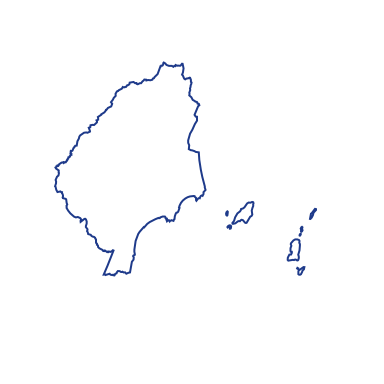 outline of Bang Lamung, Chon Buri, Thailand, rotated 205°
{"feature_id": "78962969B66600196547968", "entity_name": "Bang Lamung", "entity_type": "district", "adm_level": 2, "iso_a3": "THA", "parent_name": "Thailand", "parent_adm1": "Chon Buri", "projection": "natural_earth1", "projection_center": [100.983, 12.921], "detail": "fine", "context": "isolated", "style": "outline", "palette": "blue", "viewbox_px": 384, "rotation_deg": 205, "n_neighbors": 0, "source": "geoboundaries", "source_scale": "gbopen_adm2", "svg_char_len": 6072}
<svg xmlns="http://www.w3.org/2000/svg" viewBox="0 0 384 384"><g transform="rotate(205 192 192)"><path d="M294.7,264.8L294.3,263.1L295.3,261.6L295.8,261.4L296.2,259.5L296.4,259.5L297.3,258.4L297.8,258.4L298.6,257.7L299.1,257.8L299.3,255.9L301.4,253.3L301.6,252.4L302.3,251.9L302.6,251.1L302.8,248.7L301.8,246.9L302.7,244.2L302.7,242.2L303.4,239.2L301.6,238.2L301.4,235.4L303.7,232.7L304.3,230.1L304.7,230.0L304.7,228.4L305.2,226.9L307.1,224.0L306.9,223.6L309.0,220.2L308.4,219.5L307.6,217.9L308.8,216.6L308.1,216.1L307.6,214.9L308.8,211.9L309.1,211.3L310.4,210.9L312.2,209.6L311.6,207.7L312.7,206.6L310.1,204.0L310.0,203.6L311.8,201.5L313.0,201.3L314.9,200.1L317.3,196.0L317.5,194.6L317.1,192.5L317.3,189.6L316.1,185.3L317.4,184.5L317.4,183.5L317.7,183.3L317.7,182.1L318.0,181.7L317.8,179.1L318.1,178.5L318.6,178.3L318.7,177.5L319.1,177.6L318.9,176.8L318.4,176.4L318.4,175.6L317.8,175.5L318.1,175.2L317.8,174.6L317.3,174.4L317.6,174.1L317.6,172.4L317.7,172.2L318.0,172.6L318.3,171.3L318.7,171.1L318.3,169.8L318.7,169.5L318.5,168.4L318.8,168.1L318.5,167.6L319.1,165.9L319.0,165.6L319.4,165.3L319.7,165.5L320.5,164.1L321.2,164.7L322.4,163.5L322.7,163.5L324.1,161.1L323.9,160.7L324.1,160.2L325.0,159.4L324.5,158.9L325.7,158.1L325.5,157.5L326.1,156.5L325.2,155.8L321.9,155.2L321.1,153.3L320.6,153.0L320.0,150.5L320.8,148.8L320.7,145.3L319.6,144.1L318.9,142.4L318.5,139.3L317.9,139.1L316.0,136.7L313.9,135.1L311.5,136.9L310.6,136.6L309.7,136.9L309.3,135.9L308.6,135.6L307.5,134.4L307.0,133.4L307.0,132.5L306.4,131.9L303.5,132.4L302.9,132.1L300.9,129.0L299.8,128.0L299.9,126.3L299.2,125.5L299.0,124.6L296.4,122.8L293.2,121.2L288.4,119.8L286.5,119.9L284.9,121.1L282.2,121.1L280.9,120.3L280.8,118.7L280.3,117.9L278.1,122.2L277.4,122.6L276.5,122.3L275.0,120.8L274.1,118.8L273.8,116.4L273.4,115.4L271.0,114.1L270.7,113.5L270.6,112.2L269.5,111.5L268.3,110.0L265.7,110.4L264.5,109.7L263.3,109.6L261.8,109.9L260.5,109.6L260.0,108.9L259.0,108.5L257.5,105.4L256.3,105.0L255.9,104.0L254.7,103.8L253.8,102.4L252.1,101.8L248.8,101.7L247.5,101.0L246.5,101.4L246.6,102.0L246.2,102.2L244.2,101.8L243.8,102.1L243.4,101.7L242.4,102.1L242.2,103.0L240.7,103.2L239.6,104.5L239.1,105.8L238.4,105.8L237.4,89.2L237.1,79.8L235.6,80.6L235.2,80.3L232.1,83.1L231.0,82.6L229.1,83.0L228.6,83.7L227.3,83.4L227.0,83.7L227.0,85.3L226.0,86.4L226.2,87.3L225.8,89.0L224.1,89.7L222.5,89.5L221.6,89.9L221.3,90.4L219.9,90.2L218.7,90.9L217.0,90.2L215.4,92.0L214.2,92.9L217.0,103.4L216.4,106.0L217.2,108.2L218.3,109.0L218.2,109.8L217.3,110.8L217.4,111.3L219.0,113.5L219.9,115.5L222.4,123.8L223.0,131.3L222.6,133.9L220.9,139.8L220.4,139.7L219.1,144.2L217.6,146.9L213.7,151.9L211.5,154.3L210.8,154.3L210.1,154.9L210.0,155.6L208.2,157.4L206.2,158.3L205.4,157.9L205.0,157.2L203.5,157.3L203.2,156.8L203.6,156.2L202.3,154.9L202.0,155.8L201.3,156.6L200.5,156.7L200.5,156.2L199.9,155.9L199.9,156.7L199.2,156.9L198.6,157.8L196.6,158.0L196.7,159.4L196.4,160.0L197.3,162.7L197.6,165.6L197.4,166.7L196.6,167.2L196.2,168.3L196.6,172.3L197.2,172.4L197.5,174.4L197.4,177.5L196.7,180.4L195.3,183.3L193.8,185.4L192.0,187.1L188.6,189.2L187.9,189.3L187.7,188.9L185.9,188.4L184.8,186.2L184.3,185.9L183.6,188.9L183.1,189.4L182.3,189.6L182.5,191.1L182.3,192.2L181.6,193.1L180.8,193.0L180.7,195.0L181.5,196.7L180.6,199.6L182.4,201.6L182.7,202.4L189.0,210.0L193.4,215.9L198.9,224.1L202.6,230.8L205.6,229.9L207.0,230.1L209.6,229.8L210.6,229.4L213.0,229.5L214.3,233.2L216.2,234.9L217.3,237.2L218.4,244.1L218.0,248.6L218.1,254.8L217.6,258.8L219.3,262.3L220.5,261.9L222.3,263.0L222.7,272.1L222.1,273.7L222.7,273.9L222.7,274.5L223.1,274.8L224.4,274.5L225.1,275.4L225.7,275.7L227.1,275.3L227.8,275.6L230.3,275.8L232.6,277.6L235.3,278.4L235.7,279.9L236.4,280.8L236.7,283.7L237.6,285.0L237.7,286.4L238.3,288.2L238.3,289.5L238.7,291.1L239.5,291.3L240.4,293.2L242.0,294.7L242.5,294.6L242.9,293.8L243.4,293.7L243.8,293.2L245.1,292.4L245.6,291.3L246.0,291.2L247.1,291.5L249.6,293.8L250.6,294.1L250.7,296.4L251.9,300.5L254.7,304.2L255.3,304.0L255.7,301.9L256.1,301.4L258.3,300.6L258.9,300.1L260.4,300.2L260.4,299.0L261.3,298.9L261.8,297.6L263.5,297.8L266.1,296.6L268.3,296.4L269.2,296.5L270.4,297.2L272.3,297.4L272.5,296.7L272.0,295.3L272.1,294.4L272.2,294.0L273.3,293.6L273.4,292.4L273.7,292.4L273.0,284.3L274.5,280.3L274.6,279.0L275.4,278.3L275.4,277.0L276.9,275.7L279.2,274.9L280.5,273.8L281.0,274.4L282.7,273.8L283.0,272.5L283.6,271.4L284.1,269.1L285.2,268.6L286.7,266.7L287.8,266.6L288.4,267.3L289.6,266.6L291.5,267.0L294.7,264.8ZM142.2,187.3L141.7,183.6L142.3,181.0L141.9,180.4L141.5,180.4L139.5,181.9L138.0,184.8L137.3,185.4L136.2,185.8L135.9,187.0L135.3,187.8L134.0,188.0L130.9,186.6L130.0,186.7L129.5,187.2L128.8,194.2L127.9,195.5L127.8,197.0L130.0,200.4L130.5,203.2L130.6,205.2L131.4,206.8L131.5,207.8L132.2,208.6L133.3,208.4L134.5,207.0L136.2,206.4L137.2,204.9L138.0,200.2L139.0,198.4L140.3,197.4L140.1,196.1L140.3,194.7L141.8,191.8L142.2,187.3ZM77.4,173.0L76.6,170.9L75.7,170.5L71.8,173.2L70.8,173.4L70.0,174.4L68.9,174.6L67.7,174.4L67.1,174.9L67.0,175.4L67.3,177.4L68.2,179.0L69.2,180.0L69.9,184.5L71.6,189.1L72.2,190.4L73.3,191.3L73.9,193.1L74.8,193.7L76.7,193.5L78.4,192.7L79.6,191.0L80.6,187.5L80.5,186.5L79.2,185.2L79.0,182.8L77.9,180.3L77.3,179.6L76.3,180.0L75.8,179.1L75.8,177.2L77.3,176.4L77.4,173.0ZM62.1,165.2L60.9,162.5L60.1,162.3L59.2,162.6L58.5,163.5L58.4,166.1L58.6,167.5L57.9,169.2L58.4,171.4L59.2,171.1L62.1,166.0L62.1,165.2ZM73.4,228.7L74.5,223.6L75.0,222.6L73.7,217.5L73.3,217.6L72.7,219.4L72.6,222.0L73.1,224.6L72.0,228.1L72.4,228.9L73.4,228.7ZM144.1,175.7L142.5,175.8L142.1,174.8L141.6,175.1L141.5,175.8L142.1,177.6L143.1,177.9L144.0,177.6L144.8,176.6L145.1,175.2L144.6,174.9L144.1,175.7ZM77.6,206.9L78.0,206.2L78.0,204.7L77.2,204.0L76.6,202.4L76.1,202.2L75.7,202.8L75.6,203.9L76.8,205.4L77.0,206.7L77.6,206.9ZM151.8,189.4L152.2,188.2L151.9,186.6L151.0,185.5L150.3,185.4L150.1,185.9L150.9,188.5L151.3,189.3L151.8,189.4ZM75.9,200.1L76.3,199.5L76.3,198.3L76.0,198.0L75.6,198.2L75.5,199.2L75.6,199.9L75.9,200.1ZM64.4,167.1L63.3,167.0L63.4,167.7L64.4,167.8L64.4,167.1Z" fill="none" stroke="#1e3a8a" stroke-width="2"/></g></svg>